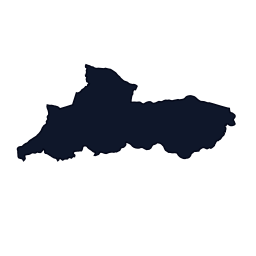 the district of Nova Olímpia, Mato Grosso, Brazil, rotated 192°
{"feature_id": "56859067B94311808533104", "entity_name": "Nova Olímpia", "entity_type": "district", "adm_level": 2, "iso_a3": "BRA", "parent_name": "Brazil", "parent_adm1": "Mato Grosso", "projection": "mercator", "projection_center": [-57.402, -14.783], "detail": "fine", "context": "isolated", "style": "filled", "palette": "ink", "viewbox_px": 256, "rotation_deg": 192, "n_neighbors": 0, "source": "geoboundaries", "source_scale": "gbopen_adm2", "svg_char_len": 5407}
<svg xmlns="http://www.w3.org/2000/svg" viewBox="0 0 256 256"><g transform="rotate(192 128 128)"><path d="M211.7,133.7L211.6,132.2L211.0,130.8L210.5,130.0L209.9,129.2L209.2,127.8L208.7,126.6L208.3,125.2L208.3,124.2L209.0,123.0L209.2,122.0L208.6,120.9L208.0,119.7L208.7,118.6L209.1,117.2L208.6,116.3L208.5,115.3L209.4,114.0L210.6,112.8L211.3,111.2L211.7,110.2L212.1,108.0L212.4,106.8L213.2,105.1L213.8,103.9L214.6,102.8L215.2,101.9L215.6,101.0L216.5,100.1L218.0,98.7L219.7,96.9L220.5,96.2L221.7,94.9L222.4,93.7L222.9,92.8L223.8,92.0L224.7,91.5L225.4,90.8L226.2,90.0L226.8,89.1L227.4,88.1L228.3,87.5L229.5,87.2L230.7,86.6L231.5,85.7L231.8,84.5L231.4,83.6L230.9,82.8L230.5,80.9L230.0,79.3L229.5,77.4L228.8,76.3L227.8,76.1L225.1,76.0L224.3,75.5L223.4,74.4L222.6,75.6L222.3,76.7L222.9,78.1L223.5,79.5L222.8,80.5L221.1,81.2L219.6,81.7L218.6,82.3L217.9,82.9L216.9,83.9L215.5,84.2L214.5,84.2L213.6,84.3L212.8,84.9L212.0,85.7L211.1,85.8L210.3,85.7L208.8,85.9L207.7,86.8L207.5,87.7L206.9,88.4L206.6,89.7L205.4,89.4L204.6,88.4L204.4,87.0L203.6,86.2L202.3,86.3L200.5,85.9L199.1,85.3L198.0,85.0L196.5,84.3L195.5,84.0L194.4,83.6L193.0,83.5L191.7,83.5L190.7,82.5L189.9,81.5L189.2,82.4L189.0,83.9L188.1,84.2L187.1,84.0L186.4,83.6L185.4,83.1L184.5,83.7L183.9,84.5L183.0,84.8L181.9,85.0L180.7,85.3L180.3,86.4L179.7,87.0L178.7,87.1L177.1,86.9L176.5,87.9L175.8,88.8L174.4,88.9L174.4,90.3L175.4,90.9L176.2,91.3L176.3,92.5L176.2,93.4L175.4,94.2L174.1,94.6L172.7,95.1L171.6,95.3L170.3,95.9L169.0,96.0L168.5,97.0L168.4,98.4L168.4,99.7L168.1,100.9L166.9,101.6L165.8,101.9L164.4,101.7L163.0,100.5L161.6,99.7L160.4,99.3L159.2,98.8L158.2,98.3L157.3,97.8L156.1,97.5L154.9,97.4L154.6,96.4L154.9,95.3L155.1,94.3L153.9,94.5L153.0,95.2L152.1,95.7L151.4,96.2L151.0,97.1L150.5,98.4L149.4,98.9L148.5,98.9L147.3,98.8L146.0,98.6L144.7,98.6L143.7,98.8L142.4,99.7L141.2,100.4L139.9,100.9L138.7,101.3L137.8,101.4L136.7,101.5L135.6,102.2L134.4,102.3L133.4,103.0L132.5,103.8L131.6,104.4L131.2,105.7L131.0,106.7L130.1,107.7L128.8,108.1L127.9,108.9L127.1,110.2L126.8,111.1L127.2,112.7L126.8,113.8L125.8,113.8L124.4,113.5L123.2,113.2L122.2,112.9L120.9,112.1L119.9,111.3L118.0,110.5L116.1,110.3L114.3,110.5L113.0,110.8L111.4,111.8L109.9,112.1L109.1,111.9L107.6,111.4L105.4,110.9L102.9,111.8L101.6,113.2L101.0,115.2L100.4,116.7L98.7,117.7L97.6,118.4L96.8,119.6L95.6,119.9L93.6,119.9L92.1,119.5L91.1,118.9L90.3,118.3L89.3,117.7L88.1,115.9L87.2,114.7L86.6,114.1L85.0,113.5L83.3,112.8L82.1,113.0L81.1,113.1L79.9,113.1L78.8,113.3L77.2,113.8L75.3,113.9L74.3,113.4L73.4,112.3L72.2,111.4L70.8,110.6L68.8,110.1L67.4,109.9L65.9,110.1L64.9,110.7L63.3,111.2L62.1,112.2L61.2,113.9L61.0,115.4L60.7,116.4L59.8,117.2L59.0,118.3L58.3,119.1L56.7,119.4L55.6,119.8L54.0,120.3L53.8,121.3L53.2,122.4L52.3,123.3L51.6,124.0L50.6,124.6L49.6,124.8L47.9,124.5L47.1,124.2L46.2,124.3L45.4,125.0L44.5,125.6L43.7,125.9L42.8,125.5L42.0,126.2L40.9,127.5L40.0,128.8L39.9,130.2L39.4,131.6L39.1,133.0L38.4,134.1L37.1,134.6L36.5,135.6L35.7,136.1L35.1,137.1L34.7,138.1L34.2,139.4L33.0,140.8L32.6,142.5L33.5,143.3L32.9,144.3L32.1,144.5L32.3,145.5L32.2,146.9L32.4,148.3L33.4,149.1L33.7,150.7L32.7,150.9L32.6,152.3L31.8,152.5L31.0,152.9L29.8,152.1L28.4,151.8L27.5,151.9L26.2,152.3L24.7,153.3L24.2,154.2L24.8,155.1L25.7,156.5L26.7,157.5L26.8,158.4L26.5,159.3L26.1,160.2L25.7,161.2L26.1,162.6L27.0,163.2L28.1,163.7L28.8,164.1L29.7,164.2L31.0,164.3L32.0,165.3L32.7,167.1L33.0,168.2L35.2,168.1L41.5,168.5L47.8,169.0L48.7,169.1L53.6,169.4L55.3,169.0L56.3,169.1L57.8,169.3L58.9,169.4L60.9,169.2L62.2,169.0L63.4,169.2L64.9,169.8L66.0,170.3L66.8,170.8L68.5,171.8L69.9,172.3L72.8,172.5L73.6,172.4L74.7,172.1L75.9,171.6L77.0,170.9L77.8,170.0L78.3,169.0L79.0,168.1L80.3,167.3L82.0,166.6L83.7,166.0L84.9,166.1L87.2,165.1L88.7,164.5L89.6,164.0L90.6,163.6L92.0,163.6L93.6,163.7L95.6,163.0L96.7,163.0L97.6,162.6L98.5,162.1L99.5,161.2L100.7,160.5L102.1,160.3L103.2,160.3L104.1,159.7L105.0,159.0L105.7,158.4L107.0,157.7L108.2,157.2L109.3,157.3L110.5,157.9L111.6,158.2L113.0,157.9L113.9,157.5L115.3,156.7L116.3,155.8L117.2,154.9L118.1,154.6L119.7,154.7L120.9,155.5L122.3,155.6L123.6,155.2L124.8,154.8L125.8,154.7L127.2,154.5L128.3,154.2L129.5,153.9L130.6,153.9L130.9,155.7L131.0,156.9L131.1,159.3L131.1,160.5L130.5,162.3L130.9,163.9L130.9,164.9L130.7,166.2L130.1,166.9L128.7,167.1L127.9,170.8L128.9,171.3L129.8,171.6L131.3,171.7L132.5,171.3L133.3,171.3L134.6,171.3L136.2,171.5L137.2,172.0L138.2,172.5L139.6,172.7L141.4,172.9L142.3,173.2L143.1,173.6L144.1,174.2L145.6,175.0L146.8,176.1L147.6,176.6L148.7,177.1L150.2,178.2L151.1,179.0L152.0,179.5L153.7,180.2L154.7,180.6L156.5,181.3L157.6,181.6L158.7,181.5L160.0,181.5L160.9,181.5L162.4,181.6L163.9,180.8L164.8,180.7L166.3,180.5L167.2,180.4L169.6,180.1L170.6,179.7L171.7,179.5L173.3,179.6L175.0,180.3L176.4,180.1L178.4,180.7L180.1,180.8L182.2,181.1L182.4,179.8L182.0,178.7L180.9,178.4L180.3,177.4L180.6,175.4L179.9,174.1L180.1,172.8L179.8,171.6L180.5,170.9L179.9,169.7L178.8,169.5L178.7,168.4L178.9,167.2L178.4,166.1L177.9,164.9L177.0,165.0L176.4,164.3L175.8,163.6L175.0,163.3L175.0,162.3L176.3,161.9L176.2,160.5L177.0,159.9L178.0,159.6L178.8,158.0L179.5,157.1L180.9,155.8L181.6,154.2L182.5,153.0L183.6,152.1L184.6,151.6L185.7,151.6L186.9,139.1L192.3,136.0L198.9,132.4L199.7,133.3L200.7,133.8L201.5,134.0L203.0,134.1L204.1,134.2L205.0,134.0L205.9,134.2L208.0,134.1L208.8,133.7L210.0,133.7L211.7,133.7Z" fill="#0f172a" stroke="#020617" stroke-width="1.5"/></g></svg>